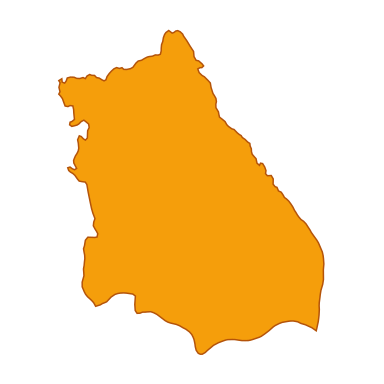 Paranapanema, São Paulo, Brazil, rotated 177°
{"feature_id": "56859067B66174710911505", "entity_name": "Paranapanema", "entity_type": "district", "adm_level": 2, "iso_a3": "BRA", "parent_name": "Brazil", "parent_adm1": "São Paulo", "projection": "equal_earth", "projection_center": [-48.774, -23.455], "detail": "fine", "context": "isolated", "style": "filled", "palette": "amber", "viewbox_px": 384, "rotation_deg": 177, "n_neighbors": 0, "source": "geoboundaries", "source_scale": "gbopen_adm2", "svg_char_len": 3875}
<svg xmlns="http://www.w3.org/2000/svg" viewBox="0 0 384 384"><g transform="rotate(177 192 192)"><path d="M294.2,82.9L289.5,84.1L287.3,85.3L285.1,86.0L283.0,86.8L278.2,91.4L274.2,93.8L271.5,94.5L269.1,94.8L265.8,94.8L263.0,94.5L256.5,93.2L254.0,91.1L254.4,87.6L255.0,82.7L254.9,76.6L253.2,73.7L250.3,73.7L247.7,74.6L245.0,74.5L242.8,74.6L239.4,74.6L236.5,73.4L233.4,71.6L225.5,64.9L222.9,63.3L220.1,62.2L214.6,60.6L211.4,59.1L208.1,56.9L205.3,55.3L201.8,52.4L199.7,49.7L198.5,47.0L197.7,44.6L197.0,40.1L196.8,37.3L196.1,33.7L194.2,30.6L192.3,29.6L190.2,29.5L187.2,31.0L185.0,32.9L178.5,37.8L173.5,40.1L169.5,41.4L166.1,42.4L164.1,42.7L159.5,42.6L156.9,42.4L152.0,41.4L149.9,41.0L146.7,40.8L143.6,40.7L141.4,41.0L138.9,41.6L135.0,42.7L132.5,43.4L130.5,44.2L128.2,45.6L126.3,46.8L122.5,49.4L117.7,53.2L115.9,54.3L111.8,56.1L108.7,57.1L103.8,57.7L100.8,58.0L97.7,57.9L95.0,57.3L93.1,56.8L90.2,55.1L85.7,53.5L79.4,50.2L75.2,46.9L74.4,49.7L72.7,56.0L72.1,59.2L71.6,62.3L71.0,68.0L71.0,71.8L70.7,74.9L69.8,79.8L69.3,82.8L68.4,87.0L66.3,93.0L65.3,97.8L64.9,107.4L64.1,113.2L64.2,118.8L64.4,121.7L65.0,125.3L66.6,129.7L68.4,134.6L70.0,137.6L72.6,141.6L75.0,145.4L76.0,147.6L77.8,150.7L79.8,154.2L82.1,156.9L84.6,158.8L86.6,161.4L88.0,163.6L89.3,166.1L90.6,168.3L92.0,171.6L93.9,174.9L95.9,177.9L98.1,180.2L100.0,181.7L101.0,183.9L102.9,187.1L105.6,188.6L106.9,192.2L108.8,193.0L110.6,195.6L110.2,200.8L112.0,204.3L115.9,204.3L117.6,206.5L117.0,209.5L118.1,213.2L120.0,216.7L122.1,217.2L123.2,215.1L125.6,217.4L126.3,221.9L128.0,224.0L129.9,226.5L130.5,229.1L130.5,232.1L131.5,234.8L131.7,237.5L133.8,239.0L136.2,241.7L138.9,243.8L140.0,245.8L141.7,246.9L143.7,248.7L146.7,252.2L148.9,253.0L152.2,255.6L153.8,257.5L155.3,260.6L157.9,263.0L160.6,265.3L161.1,268.0L161.4,270.6L163.7,275.0L163.6,278.5L162.9,281.0L163.2,284.2L164.7,287.2L165.9,289.3L167.5,295.4L168.0,299.9L170.1,302.5L173.6,306.4L175.9,307.9L178.6,310.8L179.8,314.6L177.6,315.7L175.6,315.7L173.8,317.3L175.3,319.5L178.5,322.6L181.0,323.3L182.9,327.1L183.1,332.3L184.7,335.0L186.2,337.6L189.2,343.2L190.8,345.8L192.2,348.0L193.1,350.2L195.4,352.6L197.8,353.9L199.8,353.6L201.6,352.3L203.5,351.7L206.8,354.5L209.7,352.6L211.1,350.8L212.5,347.6L213.3,343.9L214.7,340.7L215.2,337.2L215.4,334.4L216.4,331.2L218.6,330.5L221.5,330.8L224.4,329.7L227.7,329.5L229.6,329.1L232.5,327.8L235.5,326.2L238.9,325.6L241.2,323.7L244.5,319.6L247.0,318.4L250.6,317.8L253.7,318.0L255.4,319.8L258.1,319.2L260.8,320.2L263.5,319.1L266.2,316.9L268.5,314.6L270.8,311.7L272.1,308.5L274.0,307.6L276.0,308.7L278.7,310.6L281.4,311.3L283.2,313.5L286.2,313.8L288.0,314.7L290.7,313.4L292.6,310.8L294.8,312.0L298.1,311.2L301.2,311.5L303.8,312.8L307.4,313.1L310.6,312.4L311.9,309.3L313.5,307.4L315.9,308.5L316.1,311.9L319.2,310.2L318.0,308.0L319.4,303.5L318.6,299.0L319.9,296.7L318.3,294.8L316.5,292.0L315.4,288.3L314.2,284.5L311.4,283.8L309.3,284.7L306.5,284.2L305.9,280.6L305.9,277.2L305.6,270.6L308.2,268.7L310.1,268.1L310.7,265.5L308.6,263.8L305.8,264.3L303.2,264.9L301.3,266.0L299.0,268.1L296.2,269.4L293.7,267.2L291.7,265.3L291.3,261.8L293.0,258.7L293.7,251.4L295.7,249.4L297.6,250.7L299.7,253.2L301.6,254.0L303.5,250.1L303.0,246.8L302.8,241.7L303.5,238.9L304.9,236.4L306.5,234.2L307.6,232.0L308.6,229.7L308.5,227.1L306.0,221.6L308.1,220.4L310.2,221.4L312.5,223.3L314.8,222.7L314.0,219.9L312.4,218.3L310.0,216.7L308.1,214.8L305.6,210.8L304.1,208.8L301.3,208.1L298.1,207.5L296.6,205.0L295.7,197.3L294.1,186.6L293.2,180.9L292.1,176.1L290.3,170.5L291.7,167.1L292.3,163.4L290.7,160.0L289.5,157.9L288.3,155.3L289.2,152.0L291.5,151.7L293.6,151.9L298.4,152.3L301.0,149.4L302.2,143.9L303.3,141.0L302.9,137.4L302.5,134.6L302.5,131.1L303.1,127.6L303.6,124.1L304.4,120.8L304.3,117.1L304.3,114.0L306.4,107.7L306.6,103.0L304.8,98.0L303.6,95.4L301.8,92.9L299.3,90.4L297.7,88.7L296.0,86.6L294.2,82.9Z" fill="#f59e0b" stroke="#b45309" stroke-width="1.5"/></g></svg>